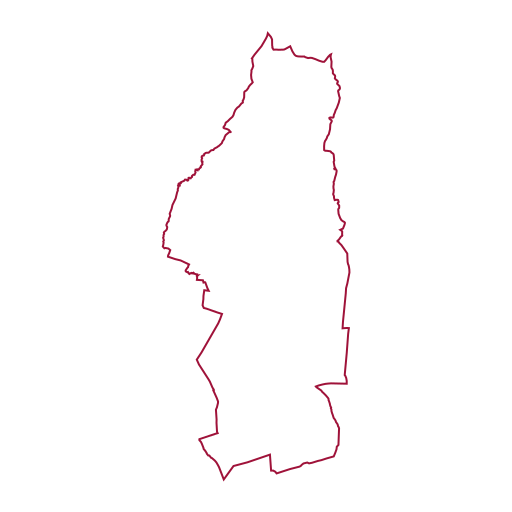 the district of Faraoani, Bacau, Romania, rotated 88°
{"feature_id": "2599482B40423356180677", "entity_name": "Faraoani", "entity_type": "district", "adm_level": 2, "iso_a3": "ROU", "parent_name": "Romania", "parent_adm1": "Bacau", "projection": "orthographic", "projection_center": [26.881, 46.431], "detail": "fine", "context": "isolated", "style": "outline", "palette": "rose", "viewbox_px": 512, "rotation_deg": 88, "n_neighbors": 0, "source": "geoboundaries", "source_scale": "gbopen_adm2", "svg_char_len": 6073}
<svg xmlns="http://www.w3.org/2000/svg" viewBox="0 0 512 512"><g transform="rotate(88 256 256)"><path d="M478.2,296.0L465.1,285.8L461.9,271.8L455.0,249.0L471.0,248.4L471.1,246.2L472.3,244.2L474.0,243.0L470.1,229.4L468.0,219.8L467.3,218.5L466.4,217.7L465.0,215.8L464.2,212.0L465.1,210.2L464.6,207.2L463.0,201.4L462.3,197.8L460.8,192.6L459.0,185.3L455.3,183.6L452.0,182.3L449.4,181.9L447.7,180.2L431.1,179.0L429.8,179.4L429.1,179.9L427.1,180.3L424.6,181.9L423.4,182.2L422.1,182.9L420.6,184.0L417.0,185.0L415.9,185.4L413.5,186.0L412.0,186.0L410.9,186.5L410.0,186.2L409.0,186.8L407.0,187.3L406.4,187.3L403.6,188.1L402.6,188.5L401.3,188.5L400.5,188.9L397.7,191.1L394.8,193.8L394.5,194.3L392.7,195.5L389.2,200.2L388.5,200.7L387.5,197.6L386.7,193.9L386.2,190.9L386.0,188.1L385.9,185.4L386.8,169.8L384.0,169.7L381.1,170.1L378.9,170.9L378.1,171.5L356.1,168.7L336.9,166.6L331.3,165.7L331.1,167.5L331.2,170.4L331.3,172.0L325.0,171.4L296.6,167.6L291.3,167.1L286.7,165.7L275.8,163.2L272.8,163.2L270.1,163.5L268.5,163.8L267.3,164.3L265.0,164.7L256.7,164.7L251.5,168.0L248.0,170.3L245.8,172.4L245.4,172.5L244.4,173.4L244.3,173.6L244.3,174.0L243.8,174.1L242.4,172.5L239.9,170.6L238.9,169.6L238.9,169.3L238.3,169.0L237.5,169.2L234.7,169.0L233.9,169.4L232.8,170.9L231.6,168.1L228.2,166.6L226.7,166.1L225.8,166.0L225.1,166.5L224.4,167.8L223.1,169.4L220.9,170.6L216.7,172.0L212.5,172.2L211.6,171.9L211.0,171.3L210.6,171.2L208.9,171.1L208.5,171.1L207.5,171.7L206.3,172.5L205.7,172.3L204.9,171.5L202.9,172.0L202.7,172.4L202.6,173.2L202.9,175.4L200.6,176.0L198.9,176.0L197.2,176.7L196.6,176.7L195.5,176.3L192.8,175.9L191.0,176.2L189.0,176.2L186.6,175.7L184.7,175.9L183.7,175.2L179.8,174.1L177.4,173.2L174.4,172.5L173.2,172.5L171.8,173.6L171.5,174.0L171.9,174.6L171.5,174.8L171.0,174.4L170.8,173.8L170.1,174.2L169.0,174.5L164.6,175.1L163.4,174.5L157.7,174.8L156.6,175.2L155.8,176.1L155.2,177.1L154.4,177.5L154.2,177.8L153.9,178.4L153.3,181.7L153.3,182.6L153.1,183.4L152.5,184.2L148.6,184.1L145.4,183.7L143.5,183.0L142.3,182.1L140.6,181.1L139.0,180.6L136.9,179.0L132.0,177.6L126.8,177.1L124.1,175.6L123.5,175.6L122.9,175.9L122.0,177.2L121.3,177.8L120.6,177.9L120.3,177.5L120.1,176.6L120.4,174.5L120.2,173.9L119.7,173.6L117.7,173.3L115.7,172.3L113.0,171.3L111.2,170.2L105.6,167.9L101.0,166.7L99.0,167.3L94.1,168.2L93.4,168.0L92.5,166.8L91.7,166.3L90.5,166.3L89.0,166.7L86.9,168.8L86.2,168.9L85.1,168.2L84.4,168.1L83.6,168.6L82.1,170.4L81.2,171.0L79.3,170.6L78.3,170.8L76.9,172.2L76.1,172.8L73.8,172.7L72.4,172.9L70.5,174.0L69.5,174.1L64.4,173.7L59.9,174.5L58.3,174.4L57.1,174.0L57.5,174.9L59.4,176.9L62.8,179.6L64.3,181.1L64.2,182.8L63.0,186.2L61.4,189.6L60.0,193.2L59.8,194.8L60.0,197.1L59.0,199.8L58.3,200.8L58.3,203.1L58.0,206.9L57.7,208.2L57.2,209.4L56.0,210.6L52.7,212.5L47.6,214.5L50.2,219.6L50.7,220.9L50.7,226.0L50.4,228.7L50.4,231.3L48.4,232.4L47.9,232.2L46.4,232.5L40.1,232.4L37.5,233.5L33.8,236.4L36.4,237.1L39.1,238.5L46.5,243.2L54.7,250.4L58.4,253.2L58.7,252.8L61.6,252.8L66.1,252.1L68.7,253.2L70.2,254.1L71.7,254.1L74.9,254.6L78.7,254.4L82.3,253.2L83.3,254.1L84.8,255.8L86.4,257.2L87.9,257.9L89.8,259.4L90.4,260.1L91.0,261.3L91.8,262.0L97.0,262.3L99.1,263.0L100.5,263.9L101.9,263.7L102.3,263.9L103.1,265.3L106.0,267.8L107.0,269.4L108.4,270.7L109.5,271.6L112.0,272.8L114.4,273.6L116.1,274.7L118.1,277.2L120.3,279.5L121.7,281.6L124.0,282.4L126.1,284.0L126.8,283.9L127.3,283.2L128.1,280.6L129.0,278.8L131.2,277.0L131.3,277.1L131.2,278.1L131.4,278.6L134.1,282.1L136.3,283.3L138.0,283.8L140.2,285.5L142.0,286.2L144.6,289.1L145.2,290.2L145.8,290.9L147.2,293.8L148.6,294.9L148.7,296.5L149.0,297.4L151.1,299.7L151.1,302.0L151.3,302.8L152.4,304.3L152.9,304.2L153.8,304.7L153.9,305.9L154.5,306.7L155.5,306.9L156.3,306.4L157.7,307.0L159.2,307.1L159.5,307.0L159.7,306.2L160.1,306.1L160.5,306.6L162.5,306.3L164.6,308.2L164.9,308.2L165.3,308.0L165.9,308.5L166.2,309.2L166.7,309.7L167.5,310.0L167.6,310.7L167.4,311.4L168.3,311.5L168.1,312.0L167.6,312.7L167.6,313.4L169.3,313.8L170.4,313.5L172.7,314.6L172.6,315.2L172.6,315.8L173.4,316.8L173.8,317.2L174.4,317.1L174.8,317.2L175.3,318.0L176.1,318.6L175.8,319.7L175.4,320.2L175.6,320.7L177.8,321.0L178.2,321.4L178.3,321.7L178.2,322.1L177.4,322.7L177.2,323.6L177.2,324.4L178.2,325.0L179.2,327.3L179.4,328.0L179.8,328.7L180.5,328.5L180.8,328.8L180.9,329.0L180.7,330.1L180.8,330.5L181.2,330.9L181.6,331.1L182.2,331.0L182.8,329.7L183.0,329.7L183.1,330.1L183.0,331.2L183.1,331.4L183.9,331.1L185.4,331.4L186.4,331.9L187.8,331.8L189.6,332.6L195.7,334.3L202.1,337.7L205.9,338.7L210.8,340.8L212.5,340.4L213.3,340.5L215.7,341.8L216.7,342.0L217.7,342.0L218.4,342.2L218.8,342.9L220.0,343.7L221.9,344.5L222.6,344.4L224.0,343.7L226.0,344.1L226.7,344.5L227.9,345.7L228.5,346.7L229.4,347.3L230.7,347.0L231.4,347.5L232.0,347.7L233.6,347.7L234.5,348.2L237.0,347.5L238.4,348.2L239.1,347.9L239.6,347.9L241.7,348.3L243.3,348.8L245.1,347.3L244.8,346.2L245.5,343.3L247.1,341.5L250.2,342.7L252.3,343.8L253.6,344.0L256.3,336.8L257.8,331.5L262.1,323.2L263.4,324.0L264.8,324.3L265.4,325.0L267.9,326.8L268.7,326.8L269.2,326.4L269.7,325.4L269.7,324.9L269.6,324.6L270.6,324.2L271.7,323.2L271.5,322.8L270.9,322.3L271.0,321.5L270.7,321.1L271.2,320.4L271.2,320.1L270.8,319.9L270.8,319.6L270.5,319.1L271.0,318.6L271.5,318.6L272.0,316.8L272.2,316.7L272.3,315.5L273.5,315.7L273.4,314.8L274.1,315.6L276.2,315.6L277.8,315.9L278.4,309.9L280.7,309.4L280.4,308.4L280.4,307.9L280.6,307.6L286.4,305.7L289.1,304.5L288.4,308.9L294.1,309.9L297.3,310.1L303.4,311.1L306.1,310.0L306.9,307.3L311.2,296.3L312.7,292.0L318.3,294.3L322.0,296.1L350.6,313.9L357.5,318.8L362.4,316.8L377.5,307.8L379.9,306.5L386.0,304.1L387.8,303.0L388.4,302.8L388.7,303.4L396.5,300.2L400.1,299.0L401.5,299.1L404.0,299.8L405.8,300.3L408.2,301.4L418.0,301.1L421.3,301.3L430.2,301.1L431.7,300.5L432.3,302.8L437.0,318.8L437.1,319.0L438.1,319.0L439.9,317.5L441.7,316.7L445.9,315.2L446.9,315.1L447.5,314.7L447.9,314.2L448.5,314.0L449.1,313.4L451.4,312.1L451.8,312.1L453.7,310.7L453.8,309.6L456.1,307.9L456.4,307.1L459.0,304.3L460.9,302.8L463.7,301.3L465.8,300.3L478.2,296.0Z" fill="none" stroke="#9f1239" stroke-width="2"/></g></svg>